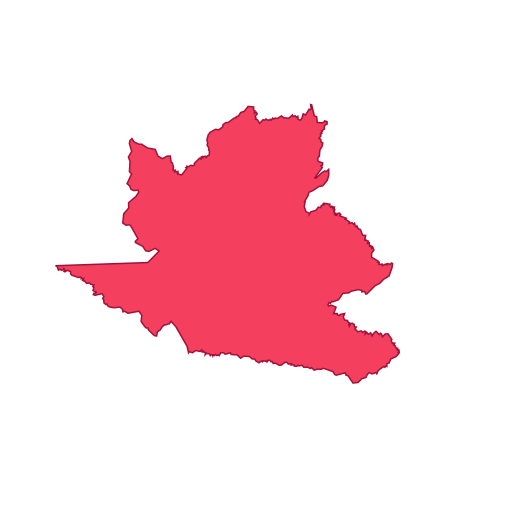 Puerto Colombia, Guainía, Colombia, rotated 224°
{"feature_id": "7082276B8590395772901", "entity_name": "Puerto Colombia", "entity_type": "district", "adm_level": 2, "iso_a3": "COL", "parent_name": "Colombia", "parent_adm1": "Guainía", "projection": "natural_earth1", "projection_center": [-68.335, 2.492], "detail": "fine", "context": "isolated", "style": "filled", "palette": "rose", "viewbox_px": 512, "rotation_deg": 224, "n_neighbors": 0, "source": "geoboundaries", "source_scale": "gbopen_adm2", "svg_char_len": 6135}
<svg xmlns="http://www.w3.org/2000/svg" viewBox="0 0 512 512"><g transform="rotate(224 256 256)"><path d="M85.3,281.3L85.5,285.0L86.6,285.4L86.0,286.2L87.7,287.5L88.0,286.1L88.3,287.4L89.4,286.6L89.9,288.0L91.7,287.1L93.2,288.1L94.6,287.5L95.3,289.1L96.1,288.5L96.0,289.4L97.9,288.1L99.9,289.0L100.2,290.3L106.9,291.7L108.9,289.8L108.9,285.8L111.5,287.1L112.9,286.9L112.7,285.1L117.4,285.2L117.7,281.5L116.9,279.2L120.2,280.4L120.8,277.7L123.1,278.0L123.3,275.9L124.3,277.8L125.6,277.6L126.1,275.2L128.2,275.3L130.1,272.3L134.0,272.3L134.5,274.5L136.2,273.4L137.7,275.0L140.1,274.5L141.0,273.1L140.1,270.4L141.7,271.1L142.1,272.8L144.3,272.4L145.3,273.2L147.9,271.5L150.8,272.8L152.3,276.2L154.9,272.3L154.6,271.3L156.3,270.2L157.5,271.1L160.1,268.5L162.9,274.8L167.8,272.9L169.0,270.5L170.2,270.6L171.1,273.2L169.7,273.6L170.0,275.6L168.9,276.4L166.2,282.0L167.6,289.4L163.5,294.2L163.2,296.6L159.0,302.9L156.0,304.7L154.9,303.7L153.3,305.9L150.5,304.9L149.9,305.8L149.7,317.5L148.0,322.2L148.0,327.9L146.4,334.1L150.1,342.2L152.5,345.4L153.6,345.2L153.8,343.2L156.1,341.9L156.8,340.6L156.0,340.4L157.6,339.4L158.4,336.8L159.6,337.8L161.7,335.3L162.9,336.9L163.7,336.3L163.6,337.1L164.9,337.1L172.1,335.4L174.9,338.5L175.2,342.1L177.9,343.4L178.1,342.0L179.1,343.5L179.9,343.0L179.5,341.9L180.6,343.1L181.1,342.0L183.8,344.2L184.5,342.7L185.6,344.7L188.8,343.0L189.3,343.7L188.5,344.0L189.9,344.3L191.4,347.0L193.7,345.0L199.3,347.6L201.5,346.6L204.3,347.7L204.1,346.7L205.4,346.5L207.8,348.0L207.8,346.6L210.0,346.7L211.6,344.1L212.4,345.5L217.5,344.4L217.3,345.9L223.7,343.0L223.8,344.7L225.6,344.9L226.7,343.7L226.4,341.1L227.1,340.6L228.0,342.0L228.7,340.7L229.4,342.0L230.8,341.8L231.5,344.6L231.7,343.1L233.1,345.0L233.1,343.7L234.7,343.9L234.6,345.0L236.3,344.3L236.3,343.0L238.0,343.3L238.7,344.6L243.9,341.1L243.9,340.0L242.8,340.1L244.1,337.6L243.0,335.8L245.1,334.5L244.6,330.5L247.3,325.8L246.6,322.9L247.4,323.7L250.9,322.6L255.6,325.0L258.2,329.0L258.8,328.6L260.5,335.6L262.2,338.6L260.5,342.6L259.1,349.5L256.7,353.0L257.4,360.3L260.0,364.9L263.9,368.8L264.0,365.6L265.7,364.9L266.5,361.3L266.9,353.6L268.0,353.1L269.8,365.8L271.9,366.0L271.3,367.7L272.8,369.3L276.7,367.3L278.1,367.8L280.0,370.1L279.6,371.6L283.7,376.7L284.6,380.7L286.4,383.7L288.4,383.3L290.5,384.9L292.4,384.4L292.7,387.5L294.3,388.2L293.8,389.9L294.7,389.9L294.9,391.7L295.8,391.7L295.0,395.0L296.8,396.4L297.2,398.5L296.5,400.3L298.2,402.0L300.4,400.9L299.9,400.4L301.0,397.7L304.7,394.6L309.1,398.3L311.3,397.3L321.0,403.4L321.9,402.9L318.4,400.0L318.5,398.8L319.8,398.5L318.3,391.9L320.8,391.1L318.6,386.8L318.4,384.5L320.5,383.5L322.9,385.5L323.1,384.0L325.2,384.1L326.3,382.1L327.8,382.8L328.1,377.9L332.2,374.6L335.0,374.5L336.1,369.9L338.1,368.4L338.2,367.1L339.8,366.8L339.3,364.5L340.8,364.1L340.7,362.9L343.1,361.4L344.0,361.5L344.1,359.8L345.6,358.9L345.5,354.0L349.9,355.0L351.4,354.1L351.9,355.3L353.7,355.9L353.8,359.0L355.7,359.6L356.4,357.7L357.4,359.7L359.3,359.4L361.2,361.6L365.6,358.1L365.0,351.9L366.7,348.6L365.9,344.6L367.0,342.6L366.3,341.8L367.6,339.8L368.7,332.9L370.4,330.9L371.0,327.6L369.8,326.1L370.0,322.7L370.8,320.7L373.2,318.9L374.9,313.0L374.5,309.9L372.0,305.4L369.5,303.9L368.1,301.7L364.7,300.9L363.8,299.3L362.3,299.1L359.6,295.8L360.5,294.3L360.3,292.2L361.5,292.7L362.6,291.5L362.4,290.1L363.6,290.4L364.2,288.9L362.9,288.4L362.9,287.5L364.6,287.1L364.7,279.8L363.5,278.8L364.1,277.1L365.8,276.1L366.7,273.3L368.1,272.5L367.1,271.8L367.8,270.9L366.6,270.7L365.8,262.7L369.1,260.6L369.7,260.7L368.9,262.0L369.9,261.1L370.9,262.6L373.0,260.1L373.8,261.6L374.7,260.2L375.6,260.3L376.9,262.5L380.8,264.8L382.1,264.5L387.1,268.4L389.4,266.0L390.8,261.2L395.8,259.7L402.6,262.7L408.9,258.4L416.1,256.9L417.7,255.2L423.1,253.3L426.8,254.3L426.9,251.6L425.3,249.0L418.1,244.9L416.5,238.5L412.3,236.5L405.6,228.7L402.5,228.7L399.0,218.5L395.5,218.6L392.2,217.1L389.3,218.2L386.5,221.4L384.8,220.6L383.7,215.5L384.7,205.8L380.9,202.0L380.5,194.5L374.8,187.2L371.0,187.8L368.8,190.4L367.2,190.7L352.9,186.4L353.0,182.8L352.1,181.9L344.2,184.3L338.9,183.1L336.2,185.0L333.9,191.4L329.1,192.3L329.3,176.1L393.5,109.7L391.9,110.3L388.3,108.6L387.8,110.2L385.9,110.6L385.1,112.3L385.5,113.4L383.6,113.1L383.4,111.5L382.4,111.9L381.8,114.5L378.6,116.0L376.9,114.4L375.2,114.2L368.8,117.2L367.8,118.9L366.6,119.1L366.0,118.1L364.5,120.0L363.9,118.0L362.7,118.4L363.0,119.0L358.9,118.6L356.9,121.1L355.5,120.8L352.5,122.6L352.1,120.6L350.9,120.9L349.2,117.9L345.8,119.1L345.5,117.9L346.8,116.6L346.2,115.2L344.5,115.9L340.6,122.0L337.4,121.3L336.7,118.7L335.4,118.9L332.7,116.6L330.5,116.8L329.7,118.0L328.5,117.1L326.1,117.5L322.1,120.2L318.4,124.8L315.0,124.9L312.9,123.4L311.9,125.1L308.4,125.8L301.8,135.0L296.8,133.9L293.2,129.1L286.9,127.9L284.9,128.0L283.6,129.2L282.0,128.1L273.9,128.1L271.9,129.4L274.3,133.1L273.5,136.0L274.3,139.9L274.2,142.0L271.3,147.0L271.7,150.0L264.6,149.5L242.9,143.2L237.3,139.5L237.5,140.8L234.4,142.4L233.8,146.0L229.8,148.6L229.9,150.7L228.1,149.5L227.2,150.4L228.2,151.3L226.2,150.7L225.0,151.6L224.0,149.8L224.0,151.2L221.9,153.1L220.1,153.1L219.5,152.0L219.6,154.0L218.6,154.8L217.5,154.1L217.8,155.4L216.8,155.5L216.7,157.2L215.2,157.1L214.5,158.5L213.3,158.7L214.2,161.9L212.1,163.8L209.8,164.0L207.3,168.5L205.4,167.9L200.8,171.8L196.1,171.7L195.2,175.6L190.7,179.2L187.2,179.3L185.4,181.0L183.3,180.4L179.7,181.2L179.1,184.6L177.9,184.3L177.6,186.0L175.4,187.3L175.4,188.3L174.5,187.7L174.7,189.4L173.6,190.6L171.6,190.3L171.1,191.4L168.9,190.6L167.7,192.4L163.4,193.5L161.9,195.3L161.4,199.5L160.0,200.9L157.6,200.7L156.3,202.7L155.0,203.0L155.0,202.1L153.0,204.1L151.8,203.4L150.0,205.2L149.9,206.7L148.8,206.7L146.8,209.5L144.5,209.1L141.4,212.0L138.8,212.8L138.6,214.3L134.8,214.3L133.4,217.1L130.1,220.1L130.1,221.3L128.3,222.7L120.1,226.3L117.1,225.4L115.5,226.0L110.7,233.9L108.4,232.8L106.7,233.8L98.0,232.0L94.7,235.9L94.7,241.3L92.5,245.0L93.7,248.3L93.5,250.8L90.6,251.8L88.7,255.5L87.3,255.2L88.4,258.2L88.3,260.7L87.3,265.1L86.0,265.4L86.4,266.8L85.1,267.4L87.1,269.6L85.9,271.6L87.5,275.4L85.3,281.3Z" fill="#f43f5e" stroke="#9f1239" stroke-width="1.5"/></g></svg>